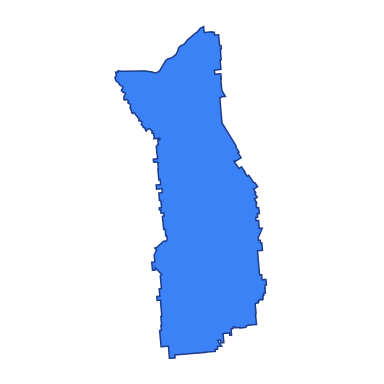 Pingelly, Western Australia, Australia, rotated 85°
{"feature_id": "25037944B83412079426782", "entity_name": "Pingelly", "entity_type": "district", "adm_level": 2, "iso_a3": "AUS", "parent_name": "Australia", "parent_adm1": "Western Australia", "projection": "albers", "projection_center": [117.054, -32.532], "detail": "fine", "context": "isolated", "style": "filled", "palette": "blue", "viewbox_px": 384, "rotation_deg": 85, "n_neighbors": 0, "source": "geoboundaries", "source_scale": "gbopen_adm2", "svg_char_len": 5764}
<svg xmlns="http://www.w3.org/2000/svg" viewBox="0 0 384 384"><g transform="rotate(85 192 192)"><path d="M29.9,169.9L30.3,170.2L31.2,170.8L31.6,171.2L32.5,172.4L33.3,173.1L33.9,174.4L40.1,183.3L40.5,183.7L43.4,186.2L43.9,186.7L44.2,187.2L45.4,190.5L45.8,191.2L47.5,192.9L50.0,193.7L53.5,195.9L56.5,200.3L57.2,204.1L58.3,206.2L58.5,206.5L68.1,213.4L68.9,214.4L70.2,217.1L70.3,217.5L70.3,217.9L68.8,221.9L67.2,228.9L65.7,250.8L64.8,255.1L66.0,255.2L65.9,257.6L66.4,257.6L66.6,257.5L67.2,257.5L67.5,257.3L68.0,257.3L68.4,257.1L68.9,257.0L69.8,257.2L70.0,257.6L70.4,258.4L70.8,258.5L71.4,258.6L71.7,258.8L72.4,258.6L72.8,258.4L74.0,258.2L74.4,258.0L74.5,258.1L75.5,257.2L76.2,256.3L77.0,255.6L77.8,255.1L78.8,254.8L79.3,254.4L79.7,253.9L79.9,253.5L80.2,252.8L80.6,252.4L80.9,251.9L81.1,251.8L82.8,252.1L83.1,252.3L83.3,252.6L84.1,253.3L84.6,253.5L85.0,253.4L85.2,253.2L85.8,252.5L86.0,252.4L86.4,252.3L86.7,252.1L86.9,251.6L86.8,251.0L87.1,250.3L88.0,249.7L88.3,249.7L88.7,249.9L89.0,250.3L89.3,250.5L89.7,250.7L90.4,250.9L90.8,251.3L91.3,251.4L91.6,251.6L92.3,251.6L92.9,251.8L93.8,251.8L94.4,251.5L94.6,251.1L94.5,250.5L94.4,250.2L94.1,249.6L94.1,249.1L94.2,248.8L94.5,248.4L95.6,247.5L95.9,247.3L96.5,247.3L96.7,247.5L96.6,247.8L96.9,248.0L97.5,248.0L98.0,247.9L98.2,247.7L98.3,247.5L98.5,246.6L98.7,246.4L99.0,246.2L99.4,245.8L99.8,245.7L100.2,245.7L100.7,245.8L101.2,246.0L101.7,246.0L102.7,246.4L103.2,246.3L103.9,245.9L105.0,245.7L106.4,245.0L107.0,245.0L107.3,245.2L107.7,245.2L107.9,245.0L108.4,244.5L108.6,244.1L108.1,242.7L108.1,242.3L110.4,241.3L111.5,240.4L112.9,239.6L113.1,239.5L113.8,238.4L114.0,238.2L114.3,238.2L114.8,238.2L115.6,238.8L115.9,238.9L116.2,238.9L116.4,238.7L116.7,238.2L116.7,237.8L117.0,237.1L117.1,236.4L117.4,235.9L117.8,235.6L118.2,235.6L118.7,235.8L119.3,236.4L119.6,236.6L120.1,236.6L120.6,236.5L120.8,236.4L121.7,235.4L123.0,235.1L123.8,234.3L124.0,233.9L123.9,233.5L124.0,233.4L124.1,233.2L124.6,232.8L125.1,233.1L125.9,233.1L126.5,232.8L126.9,232.8L127.3,232.4L127.4,232.1L126.3,231.6L126.1,231.5L125.7,230.9L125.6,230.6L125.6,230.2L125.4,229.8L125.4,229.5L125.3,229.2L125.4,228.5L125.6,228.3L126.6,227.7L126.8,227.4L127.1,227.0L127.6,226.5L127.9,226.4L128.0,226.2L128.4,226.1L128.6,226.3L128.8,226.5L128.7,226.7L128.8,226.8L129.1,226.7L129.9,226.7L130.1,226.5L130.2,225.9L130.4,225.2L130.6,225.0L130.8,224.9L131.2,225.0L131.7,225.2L132.0,225.3L132.2,225.2L133.3,224.7L133.8,224.6L134.2,224.7L134.4,225.0L134.7,225.1L135.2,225.2L135.6,225.4L135.6,219.4L137.1,219.4L137.1,221.5L142.0,221.5L142.2,222.2L142.4,222.6L142.6,222.9L143.3,223.6L149.8,223.6L149.8,223.4L155.9,223.4L155.9,227.7L158.7,227.7L158.8,227.4L159.2,226.5L159.1,225.9L159.2,225.3L159.0,225.0L158.9,224.8L159.3,224.1L159.9,223.6L159.9,223.4L160.0,223.5L166.3,223.5L166.3,224.0L177.2,224.0L177.2,222.6L181.9,222.6L181.9,227.1L186.1,227.1L186.1,221.6L190.1,221.6L190.1,225.1L197.6,225.2L197.6,223.8L200.1,223.8L200.1,223.7L204.9,223.7L204.9,226.0L206.9,226.1L206.9,224.7L210.5,224.7L210.5,221.9L213.6,221.9L213.6,223.6L217.8,223.6L217.7,223.5L226.8,223.5L226.8,222.0L233.4,222.0L233.4,220.9L237.4,220.9L238.5,221.8L238.5,224.5L244.4,232.3L244.4,233.8L244.6,233.9L246.5,232.3L251.1,234.8L251.1,235.1L255.4,235.2L255.5,235.1L258.4,235.1L258.4,238.2L266.5,238.2L266.5,235.3L264.3,235.2L271.6,229.3L272.7,230.9L285.6,230.9L285.6,233.1L293.0,233.1L293.0,236.2L297.0,236.2L297.0,232.8L300.1,232.9L313.2,232.9L313.2,233.9L322.2,233.9L322.2,234.6L327.2,234.6L327.2,236.3L343.5,236.3L343.5,228.9L355.7,229.0L355.8,223.4L352.8,223.4L352.9,208.2L352.8,200.5L353.0,200.5L353.0,197.2L352.9,191.6L352.7,191.6L352.8,182.7L350.9,182.7L350.9,180.2L348.1,180.1L348.1,175.9L343.8,178.6L342.0,179.3L342.1,176.3L344.8,176.3L344.9,173.4L335.7,173.4L335.7,166.9L338.0,166.9L338.1,165.1L331.6,165.0L331.6,162.9L330.1,162.8L330.1,160.8L331.1,160.8L331.1,156.2L331.7,156.2L331.6,150.8L331.5,150.4L330.7,149.5L329.8,149.0L329.7,148.9L329.6,148.5L329.6,139.3L318.8,139.4L318.8,138.8L308.9,138.8L308.7,138.7L308.7,138.2L308.2,137.5L308.3,137.1L308.3,135.8L307.9,135.4L307.1,135.5L306.8,135.4L306.5,135.6L306.2,135.6L306.1,135.4L306.1,135.2L306.2,134.8L306.0,134.6L306.1,134.3L306.0,134.2L305.8,134.1L305.6,133.8L305.1,133.6L304.8,133.1L304.8,132.8L305.0,131.9L305.2,131.7L305.5,131.7L305.7,131.4L305.2,131.1L305.0,130.6L304.9,130.5L303.8,130.7L303.2,130.4L302.9,130.4L302.5,130.6L302.1,130.6L301.9,130.7L301.5,129.8L301.2,129.9L301.2,129.4L300.6,129.4L299.0,129.4L299.1,127.7L294.7,127.8L294.4,127.4L294.1,127.4L293.9,127.7L293.7,127.8L292.8,127.7L292.2,127.6L291.6,127.2L291.4,127.1L291.1,126.9L291.1,126.7L291.1,126.2L291.1,125.9L285.5,126.0L285.6,129.9L280.5,129.8L280.5,131.9L280.4,131.9L256.3,131.9L256.3,126.9L248.8,126.9L248.8,128.3L246.0,128.2L246.0,130.0L243.1,130.0L242.0,129.3L234.1,125.2L234.1,128.2L226.2,128.2L226.2,130.7L222.9,130.7L222.9,128.8L219.4,128.8L219.4,126.8L216.3,126.8L213.3,127.0L213.3,129.2L208.5,129.2L208.5,128.4L204.5,130.4L203.0,127.5L198.8,129.6L198.2,128.5L194.7,130.4L192.4,126.2L188.4,128.4L188.1,129.7L186.9,130.3L181.8,133.2L180.3,134.0L181.1,135.6L177.1,137.8L176.9,137.4L171.2,140.5L172.7,143.2L169.1,145.2L169.1,145.3L167.4,146.2L165.0,147.4L164.9,147.4L164.5,146.7L165.2,146.2L162.2,140.1L157.3,142.5L157.5,142.8L157.1,143.0L156.4,141.7L150.7,144.5L150.3,144.2L149.5,144.3L129.2,154.4L128.0,154.9L128.0,155.1L126.4,155.9L126.4,156.1L101.6,156.1L101.0,156.3L99.7,153.5L99.7,150.4L93.5,153.4L82.0,153.5L82.0,153.0L76.7,153.0L76.7,159.0L72.5,159.0L72.4,152.5L62.8,152.5L62.8,151.4L54.9,151.4L54.9,151.2L51.9,151.2L51.9,150.3L48.7,150.3L48.7,151.7L44.4,151.7L44.4,151.8L37.7,151.8L37.7,155.8L34.8,155.8L34.8,158.3L34.1,158.3L34.2,166.0L28.2,166.0L28.9,167.4L29.3,168.8L29.5,169.4L29.9,169.9Z" fill="#3b82f6" stroke="#1e3a8a" stroke-width="1.5"/></g></svg>